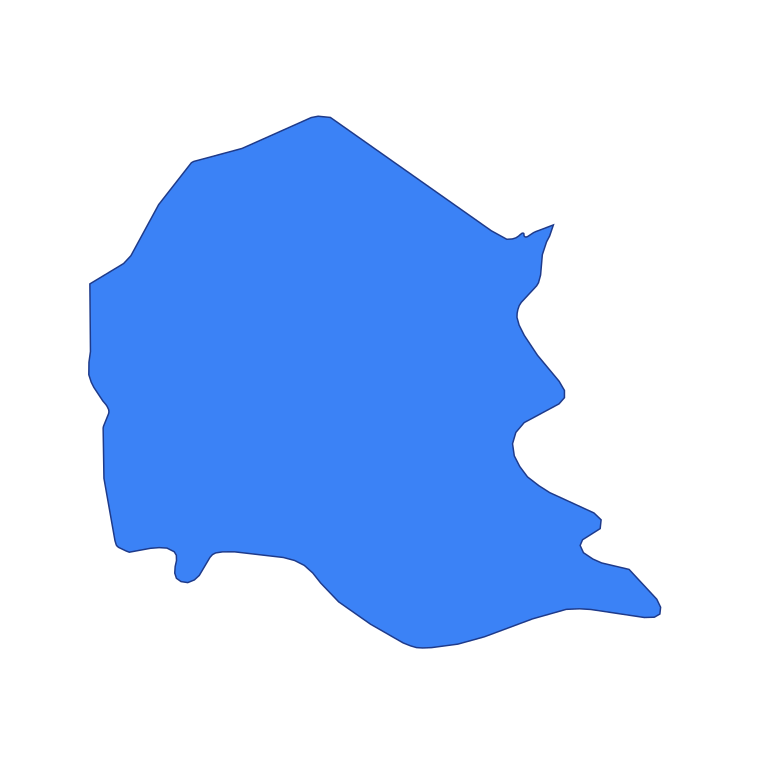 the border of Gezira, rotated 278°
{"feature_id": "SDN-875", "entity_name": "Gezira", "entity_type": "State", "adm_level": 1, "iso_a3": "SDN", "parent_name": "Sudan", "parent_adm1": "", "projection": "robinson", "projection_center": [33.161, 14.479], "detail": "fine", "context": "isolated", "style": "filled", "palette": "blue", "viewbox_px": 768, "rotation_deg": 278, "n_neighbors": 0, "source": "natural_earth", "source_scale": "10m", "svg_char_len": 1653}
<svg xmlns="http://www.w3.org/2000/svg" viewBox="0 0 768 768"><g transform="rotate(278 384 384)"><path d="M318.1,115.5L320.3,114.9L323.2,113.0L324.9,111.5L328.1,107.9L340.2,97.2L345.1,93.8L352.1,90.4L364.5,88.8L375.3,88.8L442.2,78.8L467.1,109.4L475.8,115.5L530.3,135.9L576.2,162.4L577.2,163.6L578.0,164.8L597.5,210.6L637.7,274.8L640.0,281.5L640.5,293.8L550.7,468.9L544.4,485.5L545.5,490.9L547.1,494.3L549.2,496.7L550.9,498.1L552.5,499.7L552.8,500.7L552.5,501.5L550.2,502.1L549.6,502.6L549.2,504.1L550.0,505.7L554.6,510.9L556.0,513.0L565.1,529.6L553.5,527.4L547.4,525.2L534.1,522.8L513.7,523.9L505.8,522.9L502.5,521.5L484.0,508.6L480.5,507.0L476.3,506.2L472.5,506.0L468.5,506.4L461.1,509.6L451.6,516.2L433.9,531.9L411.0,557.1L402.7,563.6L395.6,564.6L388.7,560.1L365.3,528.2L354.4,521.3L342.7,519.6L331.0,523.0L321.2,529.9L312.0,539.0L304.9,551.4L299.5,563.2L285.5,609.9L279.7,617.9L270.9,618.2L257.4,602.3L251.4,600.7L244.7,605.0L239.7,615.3L237.1,624.4L234.5,652.5L208.8,684.1L201.4,689.0L194.6,689.2L190.7,684.2L189.0,674.3L189.5,620.1L188.6,608.9L186.2,595.8L172.1,563.8L147.7,518.7L136.7,493.4L129.6,467.9L128.0,459.1L127.5,452.9L128.4,446.7L130.3,438.9L144.2,404.2L161.9,369.5L178.0,349.1L186.9,339.8L193.3,330.3L196.8,320.0L198.2,308.5L197.0,259.3L195.3,247.5L193.3,240.8L191.2,237.9L188.1,235.8L168.7,227.7L163.6,223.5L160.0,217.3L160.1,210.5L162.7,205.5L167.6,203.1L174.2,202.6L180.2,203.1L185.5,202.2L188.7,199.6L191.3,191.9L190.7,184.2L188.8,175.6L182.0,155.2L182.7,152.0L185.2,144.1L186.1,142.5L187.3,141.3L191.4,139.4L251.6,119.8L301.3,112.0L303.1,112.1L316.3,115.4L318.1,115.5Z" fill="#3b82f6" stroke="#1e3a8a" stroke-width="1.5"/></g></svg>